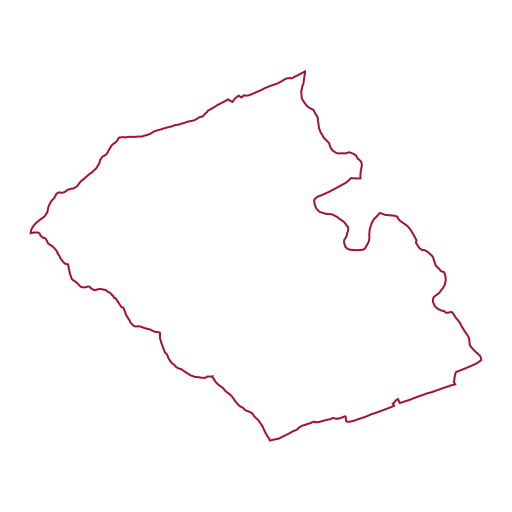 Urdari, Gorj, Romania
{"feature_id": "2599482B90293450056050", "entity_name": "Urdari", "entity_type": "district", "adm_level": 2, "iso_a3": "ROU", "parent_name": "Romania", "parent_adm1": "Gorj", "projection": "orthographic", "projection_center": [23.282, 44.799], "detail": "fine", "context": "isolated", "style": "outline", "palette": "rose", "viewbox_px": 512, "rotation_deg": 0, "n_neighbors": 0, "source": "geoboundaries", "source_scale": "gbopen_adm2", "svg_char_len": 5987}
<svg xmlns="http://www.w3.org/2000/svg" viewBox="0 0 512 512"><path d="M455.2,384.3L453.8,381.8L454.2,380.5L454.9,375.6L455.4,373.6L455.7,372.8L456.2,372.0L465.3,368.4L473.7,364.8L476.5,363.4L481.1,360.3L481.3,360.1L481.1,359.1L480.8,357.5L480.5,356.7L479.8,355.6L474.4,350.7L471.3,347.2L470.2,345.7L469.7,344.8L469.3,339.5L468.7,337.5L468.1,336.4L466.8,334.1L464.9,331.7L463.2,328.7L462.0,327.0L459.9,322.7L455.4,317.2L452.6,312.7L452.0,312.2L450.8,312.0L448.0,312.7L446.4,312.8L445.1,312.1L444.3,311.2L441.5,310.6L438.3,309.1L436.0,307.3L434.9,306.3L434.6,305.8L433.6,303.5L433.0,301.8L432.9,300.3L433.0,299.3L433.4,297.6L435.2,295.9L439.3,292.8L441.5,289.7L442.6,288.6L444.5,285.3L445.0,283.7L445.7,280.6L445.7,277.9L445.2,275.3L444.2,272.3L443.5,271.9L441.0,271.2L440.5,270.7L440.2,270.1L439.4,269.1L436.2,266.1L435.4,264.7L433.0,257.2L431.9,255.7L428.0,252.2L426.4,251.1L425.3,250.5L424.0,250.0L421.8,249.9L419.0,247.7L415.9,242.6L416.5,240.2L411.7,231.6L409.1,227.8L407.7,226.4L406.3,225.2L399.8,220.6L398.0,218.4L397.7,217.2L397.5,216.9L395.8,216.1L394.3,215.7L385.3,214.9L380.1,213.0L379.4,213.3L376.7,216.5L374.0,219.0L372.1,222.3L370.3,227.3L369.7,229.5L369.2,235.1L369.5,237.6L368.9,240.7L368.4,242.4L365.1,248.3L364.5,248.9L363.8,249.4L362.8,249.7L357.8,250.2L350.3,249.8L348.1,249.1L346.2,247.7L345.3,246.7L344.6,244.2L344.2,243.6L344.1,241.2L344.3,239.9L344.6,239.2L345.5,238.2L346.8,235.4L346.9,234.9L346.8,233.6L347.7,232.1L348.2,230.1L348.3,229.3L348.0,227.1L346.7,225.7L344.7,222.7L342.9,221.1L340.2,219.4L337.4,217.1L332.6,214.6L331.1,214.2L326.1,213.9L320.7,212.3L319.4,211.7L316.5,208.7L315.9,207.6L314.5,203.8L314.2,200.6L314.2,200.0L315.1,198.7L317.4,196.9L318.1,196.4L320.1,195.8L328.8,192.0L343.1,184.3L345.3,183.1L347.5,181.5L351.2,178.0L352.1,178.2L355.1,178.4L358.9,178.5L360.5,178.3L360.4,175.8L360.7,171.4L361.7,166.4L361.8,164.6L361.3,162.0L360.7,161.3L359.0,159.5L357.8,158.8L356.0,155.5L353.2,153.7L350.4,152.6L349.1,152.3L347.6,152.7L346.3,153.3L337.8,153.4L335.9,152.7L334.5,151.8L332.8,150.6L331.7,149.5L331.0,148.5L330.1,146.5L329.1,143.1L324.0,137.9L323.2,136.8L322.3,134.9L320.7,132.6L319.0,128.0L318.2,122.0L317.8,120.6L317.9,118.7L317.5,116.9L315.6,114.1L313.8,110.5L313.5,110.1L313.2,109.8L309.4,107.8L307.2,106.2L306.2,105.2L302.4,99.6L301.7,97.8L301.2,91.1L301.6,90.2L302.1,88.1L302.2,86.7L302.3,86.3L303.4,83.8L304.6,74.9L305.1,72.2L305.0,71.4L296.5,75.9L294.0,77.0L292.5,78.0L291.4,78.4L289.8,78.1L286.0,78.6L278.2,83.2L270.0,86.0L264.2,88.4L263.2,89.1L261.7,89.8L250.2,94.8L248.1,95.5L244.7,95.6L243.8,95.3L241.5,97.5L238.7,95.6L235.1,98.4L232.3,102.0L228.1,99.4L220.8,103.4L218.2,104.6L212.8,108.0L207.9,110.7L207.0,112.1L204.9,113.9L203.8,115.3L202.7,116.4L202.0,116.7L199.6,117.1L196.2,119.3L193.6,120.5L187.9,121.6L184.0,123.0L181.7,123.5L178.6,124.7L175.4,125.0L171.5,126.5L166.1,127.7L161.3,129.3L156.2,130.7L153.9,131.5L150.3,133.8L147.4,134.9L144.6,135.6L142.0,136.5L137.7,136.6L134.5,136.9L127.7,136.9L127.0,137.0L125.2,137.5L123.0,137.1L119.7,137.5L119.0,137.7L118.4,138.4L117.7,139.8L116.7,141.2L115.0,142.8L113.0,144.1L111.7,145.3L108.9,150.0L107.3,153.2L104.8,155.6L103.0,156.3L102.5,156.7L100.4,159.4L100.1,160.0L99.5,162.8L98.3,165.0L96.4,168.1L92.3,172.1L89.1,174.3L82.9,179.8L81.2,181.0L79.9,182.4L77.8,185.4L76.7,186.6L73.0,188.6L70.4,188.9L68.3,189.6L66.8,190.4L65.2,191.7L63.8,192.4L61.9,192.8L60.8,192.7L59.2,192.3L56.4,193.7L56.0,194.8L55.0,196.3L54.4,197.9L51.8,200.5L51.1,201.4L50.3,202.9L48.5,206.5L47.4,211.9L47.1,212.7L46.1,213.8L45.4,215.4L43.3,217.5L40.4,219.4L36.2,222.9L34.7,224.4L33.2,226.3L32.1,228.1L31.5,229.3L30.9,231.7L30.7,233.2L33.5,232.6L37.3,232.4L38.0,232.6L39.2,233.2L39.7,233.7L40.5,235.7L41.6,236.4L42.7,237.6L45.5,238.4L46.8,240.6L48.1,243.4L48.4,243.7L52.2,246.1L53.5,247.3L55.3,249.2L56.6,251.0L58.2,254.3L59.4,255.9L60.6,258.5L62.6,261.2L64.1,262.8L65.2,263.7L66.5,264.1L68.1,264.3L68.3,265.0L68.6,267.3L69.8,273.1L71.2,277.5L71.9,279.0L72.9,280.0L74.4,280.9L76.6,282.6L80.6,286.7L82.0,287.2L84.1,287.3L85.4,287.3L87.8,286.6L89.3,286.6L90.1,287.1L90.6,288.1L91.0,288.4L92.0,288.7L93.3,289.7L93.9,290.0L95.6,290.0L97.5,289.4L100.5,288.9L101.0,289.1L105.4,289.9L105.8,290.1L108.1,291.9L110.2,292.9L111.6,294.4L112.1,295.3L113.3,296.0L113.6,296.8L114.5,298.2L115.5,298.6L115.8,298.4L121.0,306.5L121.9,307.3L123.1,307.6L123.6,308.1L123.9,309.2L124.6,310.6L126.1,314.9L128.8,319.4L129.4,320.0L130.2,321.9L130.8,322.8L133.1,325.4L134.3,326.1L135.4,326.5L139.7,326.3L145.2,328.3L150.5,329.6L152.2,330.6L155.4,331.9L158.9,332.3L159.8,332.6L160.0,333.1L160.0,333.9L159.9,337.1L160.0,338.1L161.4,343.1L163.9,349.6L164.6,351.7L165.2,352.7L167.0,354.4L168.7,358.7L170.2,361.0L172.0,363.2L174.2,364.8L176.3,367.1L177.9,368.2L181.4,369.2L184.6,371.6L190.9,375.5L195.3,377.0L198.0,377.1L201.4,377.7L204.7,377.9L205.7,377.6L207.5,376.5L211.0,376.6L212.6,376.3L212.6,377.3L212.8,377.7L214.3,379.7L215.3,381.6L218.0,384.4L223.2,388.2L225.0,390.6L226.4,391.9L228.7,393.5L231.6,396.0L235.4,401.4L238.7,405.3L240.3,406.4L243.1,407.9L243.9,408.9L245.8,410.4L248.5,411.4L252.0,413.1L253.3,414.9L254.0,416.1L255.7,417.8L258.0,419.8L261.5,424.7L262.1,425.9L262.5,426.2L263.6,428.9L265.9,433.6L266.3,434.1L267.1,435.9L269.0,438.4L269.8,440.4L270.0,440.6L273.6,439.6L278.2,438.8L280.2,438.0L280.8,437.5L284.7,435.6L289.4,433.3L292.3,431.6L296.4,429.9L297.6,429.1L298.4,428.1L299.1,427.5L302.3,425.6L305.0,425.0L307.2,424.0L311.0,423.0L312.3,422.1L313.9,421.7L314.6,421.8L315.1,422.0L315.4,422.4L319.8,421.8L326.2,420.0L330.6,419.1L331.1,418.9L332.5,418.0L333.3,418.0L336.3,418.8L338.8,418.4L339.2,418.6L344.9,416.3L345.3,416.4L345.6,416.6L346.1,421.0L346.7,421.5L348.3,421.8L349.9,421.7L355.1,420.4L357.6,419.4L366.0,416.6L371.1,414.4L377.7,412.2L391.1,407.1L394.2,405.7L392.8,403.8L396.1,400.3L397.8,399.0L399.8,403.0L409.2,400.0L417.9,396.6L424.4,394.4L426.0,393.7L429.7,392.6L430.7,392.5L446.8,386.8L448.2,386.4L449.1,386.4L449.4,386.0L449.8,385.7L455.2,384.3Z" fill="none" stroke="#9f1239" stroke-width="2"/></svg>